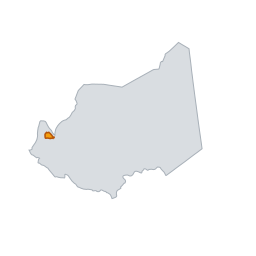 Kabbia, Mayo-Kebbi Est, Chad (highlighted), rotated 56°
{"feature_id": "50815135B59741228858752", "entity_name": "Kabbia", "entity_type": "district", "adm_level": 2, "iso_a3": "TCD", "parent_name": "Chad", "parent_adm1": "Mayo-Kebbi Est", "projection": "orthographic", "projection_center": [15.352, 9.53], "detail": "fine", "context": "in_parent", "style": "filled", "palette": "amber", "viewbox_px": 256, "rotation_deg": 56, "n_neighbors": 0, "source": "geoboundaries", "source_scale": "gbopen_adm2", "svg_char_len": 4321}
<svg xmlns="http://www.w3.org/2000/svg" viewBox="0 0 256 256"><g transform="rotate(56 128 128)"><path d="M186.6,78.2L186.9,83.4L187.1,88.7L187.4,94.0L187.7,99.3L187.9,104.6L188.1,109.9L188.4,115.2L188.6,120.5L188.7,122.3L188.6,123.0L188.3,123.2L185.6,122.8L184.4,122.8L182.7,123.2L180.3,123.5L178.7,123.4L177.6,124.4L176.8,125.5L177.3,128.1L177.2,129.0L176.9,129.9L176.2,130.7L175.5,131.4L175.1,131.9L174.5,133.1L174.1,133.7L174.2,134.4L174.1,135.2L173.7,135.6L172.5,136.0L171.8,136.3L171.2,136.9L170.8,137.4L171.1,137.9L171.4,138.6L171.6,139.8L171.7,140.5L172.3,141.1L172.7,141.5L172.8,142.0L172.5,142.4L171.1,143.3L170.5,143.6L169.9,144.0L169.7,144.2L168.7,145.0L168.2,145.8L167.9,146.4L168.0,147.2L168.5,148.4L169.1,149.5L169.4,150.3L169.5,151.2L169.5,152.0L169.2,152.7L168.7,153.4L166.8,154.6L165.9,156.0L165.2,157.6L165.0,158.5L165.2,159.1L165.6,159.6L166.2,159.8L167.1,159.9L168.5,159.6L169.7,159.4L171.1,160.0L171.9,161.3L171.6,162.3L172.2,164.1L172.7,166.3L172.7,167.0L172.9,167.3L173.8,167.4L174.0,167.9L173.8,171.8L174.3,172.8L174.9,173.6L175.5,174.0L176.2,174.5L176.6,174.8L177.3,174.9L178.2,175.6L178.5,176.5L178.4,177.4L178.0,179.4L177.6,180.7L177.1,180.6L176.1,180.3L174.8,180.1L173.3,179.9L171.9,180.4L170.3,181.1L169.8,181.7L169.4,182.0L168.7,181.9L168.1,182.0L167.7,182.5L167.2,183.1L164.9,184.3L164.5,184.7L164.2,185.1L164.2,185.5L164.5,186.4L164.5,187.6L164.0,188.5L163.4,189.1L162.7,189.4L162.2,189.5L161.8,189.9L160.7,192.0L160.2,192.4L159.1,192.4L156.2,195.6L155.9,196.5L154.8,197.8L153.5,199.3L152.3,200.0L152.2,200.3L151.8,200.6L151.1,200.9L148.5,202.7L145.3,202.7L143.9,203.4L142.5,203.7L140.5,204.1L139.9,204.1L137.3,204.2L134.3,204.2L133.2,204.5L132.1,205.2L131.3,205.8L131.2,206.0L131.3,206.2L131.3,206.4L133.4,207.8L133.9,208.5L133.4,209.2L133.2,209.3L132.8,209.9L131.6,211.6L129.7,213.5L128.8,214.1L128.4,214.5L127.9,215.7L127.6,215.9L126.3,216.1L123.7,216.3L120.2,216.7L118.0,216.9L116.7,216.8L114.9,217.7L114.2,217.9L113.8,218.0L111.9,218.8L110.4,220.2L109.9,220.4L107.7,221.0L106.9,221.9L106.5,222.0L105.1,220.8L104.1,219.7L103.7,218.6L103.6,218.2L103.4,218.3L102.6,218.8L101.9,219.4L101.6,220.4L99.4,221.2L97.5,221.8L96.6,222.6L95.3,222.9L93.6,222.8L92.3,222.5L91.0,222.4L91.6,221.4L91.8,220.7L91.9,219.8L91.8,219.2L91.0,218.9L90.5,218.4L89.4,215.7L88.3,212.8L86.6,210.0L84.9,208.2L83.6,207.1L83.2,206.9L82.6,206.6L82.1,206.3L79.8,204.4L77.4,202.2L76.8,201.2L75.5,199.8L74.2,198.3L73.5,197.6L73.2,196.3L74.1,195.2L75.1,193.8L76.3,192.9L77.9,192.8L80.5,193.2L83.3,193.4L86.1,193.1L86.8,192.9L87.6,192.9L89.1,193.2L91.7,193.1L93.0,192.6L91.6,191.6L90.0,190.1L88.5,188.4L87.7,186.9L86.8,184.9L86.1,182.5L85.6,179.3L85.7,177.5L86.0,176.3L86.7,174.2L86.2,173.0L86.3,172.0L86.3,170.5L86.0,169.8L85.0,167.4L84.8,167.1L83.9,165.5L83.5,162.7L82.5,160.8L80.9,159.9L80.0,158.9L79.7,157.0L79.0,156.4L76.5,155.8L74.4,155.8L72.9,153.6L70.9,150.8L69.1,148.2L68.0,143.1L67.3,140.1L68.1,139.3L69.6,137.2L71.5,133.2L75.9,127.0L78.1,123.8L82.5,119.1L87.8,113.3L90.8,110.1L91.3,104.1L91.8,97.8L92.2,93.1L92.7,87.5L93.1,82.8L93.4,79.4L93.8,74.6L94.1,73.6L96.2,69.9L96.3,69.4L95.9,68.7L93.0,65.5L92.1,64.8L91.5,63.1L92.3,62.2L88.8,56.8L87.9,56.2L87.5,55.5L87.5,54.6L87.4,50.9L86.5,45.0L85.3,38.3L89.4,36.4L92.5,34.9L96.4,33.1L100.0,35.0L105.4,37.7L110.7,40.4L116.0,43.2L121.4,45.9L126.7,48.6L132.1,51.3L137.5,54.0L142.9,56.7L148.4,59.4L153.8,62.1L159.2,64.8L164.7,67.5L170.2,70.2L175.6,72.8L181.1,75.5L186.6,78.2Z" fill="#d9dde1" stroke="#a8b0b8" stroke-width="1"/><path d="M94.3,194.4L94.1,194.7L93.8,194.9L93.2,195.2L92.6,195.3L92.0,195.3L91.6,195.2L91.0,195.3L90.4,195.4L90.0,195.4L89.4,195.5L89.0,195.6L88.6,195.7L88.3,195.8L87.9,196.0L87.5,195.9L87.2,196.2L87.1,196.5L87.0,197.1L86.8,197.5L86.4,197.8L86.1,198.0L86.3,198.3L86.3,198.6L86.3,198.8L86.4,199.0L86.3,199.3L86.5,199.5L86.6,199.9L86.8,200.2L86.9,200.3L87.0,200.4L87.1,200.5L87.4,200.8L87.7,200.9L87.8,200.9L88.1,201.1L88.5,201.4L88.6,201.5L88.9,201.6L89.1,201.7L89.3,201.8L89.5,201.9L89.6,202.0L89.8,202.0L90.0,202.1L90.3,202.1L90.5,201.8L90.9,201.2L91.0,200.8L91.4,200.3L91.6,200.1L91.7,199.9L91.8,199.8L92.2,199.4L92.4,199.2L92.5,199.1L93.1,198.6L93.3,198.4L93.3,198.1L93.3,197.6L93.7,197.4L93.9,196.7L94.2,196.2L94.7,196.0L94.6,195.7L94.5,195.4L94.6,195.1L94.7,194.7L94.3,194.4Z" fill="#f59e0b" stroke="#b45309" stroke-width="1.5"/></g></svg>